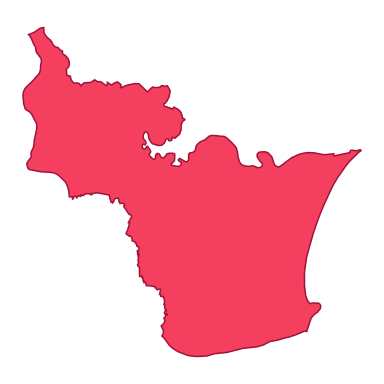 the district of Hoang Hoa, Thanh Hóa, Vietnam
{"feature_id": "81297802B91620400281223", "entity_name": "Hoang Hoa", "entity_type": "district", "adm_level": 2, "iso_a3": "VNM", "parent_name": "Vietnam", "parent_adm1": "Thanh Hóa", "projection": "mercator", "projection_center": [105.839, 19.866], "detail": "fine", "context": "isolated", "style": "filled", "palette": "rose", "viewbox_px": 384, "rotation_deg": 0, "n_neighbors": 0, "source": "geoboundaries", "source_scale": "gbopen_adm2", "svg_char_len": 5920}
<svg xmlns="http://www.w3.org/2000/svg" viewBox="0 0 384 384"><path d="M28.5,34.6L29.8,36.0L31.2,38.3L33.8,44.4L35.4,46.8L35.9,50.3L36.6,52.6L41.1,58.5L41.4,61.6L40.6,65.3L40.5,69.4L39.7,72.5L38.1,74.9L35.9,77.0L33.1,80.5L25.5,87.8L23.7,91.2L23.2,93.1L23.0,95.9L23.7,103.8L25.0,108.2L25.8,109.6L29.6,111.9L31.5,114.0L35.9,122.2L36.6,124.0L36.8,125.4L36.7,129.1L34.4,139.5L33.6,146.9L31.4,151.5L31.2,152.4L30.9,153.8L31.3,156.5L30.5,158.1L29.1,159.7L27.0,163.0L26.8,164.3L27.7,167.8L29.0,169.4L29.9,169.7L41.0,171.8L49.0,172.2L53.5,172.8L55.9,173.7L58.0,175.0L60.0,176.6L65.3,181.9L66.5,183.9L67.9,187.6L68.7,190.7L69.3,196.8L72.0,196.8L72.6,199.0L73.3,198.8L73.7,196.7L74.6,196.1L75.7,196.3L76.4,197.7L76.8,197.9L78.4,195.7L80.6,196.5L80.9,196.1L81.0,194.8L82.7,195.5L83.6,195.5L84.1,194.7L85.2,194.3L85.5,193.6L88.9,193.8L90.8,193.6L90.5,194.6L91.9,194.7L92.5,193.7L93.8,193.2L98.1,192.9L108.1,194.9L108.5,194.7L109.2,194.9L109.8,198.2L111.2,202.3L112.0,201.8L112.6,202.9L113.6,201.9L114.5,199.2L115.1,198.7L116.6,198.3L118.5,198.3L118.9,201.5L120.1,203.6L122.0,203.0L124.5,204.2L123.8,206.0L124.0,206.9L129.1,214.4L129.7,214.3L130.2,214.5L131.7,216.2L131.7,216.5L128.3,222.7L129.6,223.3L127.5,230.4L126.3,232.8L126.1,233.9L129.2,236.1L129.6,235.6L131.6,237.1L132.1,238.6L132.2,240.9L134.5,241.6L135.3,242.9L136.2,243.3L136.3,244.5L136.7,244.7L136.9,246.3L138.6,246.9L138.9,247.3L139.0,249.4L138.7,250.5L137.7,250.4L137.2,251.2L138.0,252.3L137.9,252.9L138.2,253.3L138.8,253.6L139.0,254.5L138.9,255.1L137.7,254.1L138.5,257.9L137.9,260.9L138.7,261.6L138.8,262.1L137.5,264.9L137.7,265.6L139.7,267.9L139.6,269.5L139.4,269.5L139.6,276.5L141.6,276.1L141.7,277.4L142.7,277.4L143.0,280.5L143.7,280.8L143.8,282.5L145.3,282.2L145.6,283.8L146.1,284.4L146.6,285.8L148.4,285.6L154.8,286.6L155.1,287.7L155.9,287.6L156.5,289.3L157.3,289.8L157.7,289.8L158.7,289.0L160.4,289.3L160.5,290.0L159.6,294.4L160.5,294.8L160.7,296.3L163.2,296.6L163.2,297.1L163.9,297.3L164.2,299.6L164.6,300.9L164.0,304.6L164.8,304.5L164.8,307.8L165.1,309.0L165.2,309.6L166.3,310.1L166.5,311.5L165.8,310.5L164.4,312.4L164.9,314.2L165.6,314.3L167.0,313.9L167.4,314.5L165.5,315.8L165.3,316.7L164.0,317.8L164.1,318.9L165.1,320.9L163.2,324.1L161.1,326.0L162.6,328.6L163.5,331.4L163.2,333.6L161.9,336.0L164.1,338.0L169.5,345.5L173.6,349.0L178.3,351.8L186.3,354.9L190.2,355.9L196.8,356.5L206.9,356.0L214.7,353.7L227.0,352.4L242.7,348.4L257.2,346.8L263.5,344.9L269.8,341.6L277.6,340.1L284.5,338.1L289.3,337.0L296.3,334.6L304.8,331.0L306.7,331.6L311.2,317.9L314.5,314.3L317.6,312.1L320.4,308.6L320.7,306.6L320.5,305.2L319.9,304.2L318.5,303.1L312.5,303.0L310.1,303.7L307.9,301.3L305.7,295.8L304.5,285.6L304.5,271.9L306.6,257.2L313.1,233.9L317.2,221.9L320.4,213.4L324.4,203.8L333.2,185.0L337.7,177.5L345.7,166.1L349.5,161.4L359.4,151.7L360.7,151.0L361.0,150.3L360.7,149.9L358.8,150.0L357.0,150.8L351.2,150.2L350.5,150.5L350.0,151.2L350.2,152.1L349.8,152.6L334.1,155.9L333.8,153.7L325.5,154.7L322.7,154.5L313.9,152.8L308.2,152.6L303.4,153.2L298.6,154.5L291.7,157.7L280.3,166.2L279.4,166.7L278.5,166.8L276.9,166.5L274.8,165.1L274.0,163.5L272.4,158.4L271.6,156.5L267.9,152.7L265.3,151.8L261.1,151.9L259.0,152.3L257.5,153.6L257.1,155.0L257.1,156.5L258.7,159.3L259.8,161.0L262.1,163.3L262.3,164.1L262.1,165.9L261.7,166.5L260.4,167.4L258.7,167.7L257.3,167.6L254.8,166.4L252.3,165.7L249.8,166.3L247.8,166.3L244.8,165.9L242.2,165.0L240.6,163.5L239.4,161.6L238.1,157.0L237.5,152.4L236.4,148.1L235.0,146.1L231.2,142.0L227.0,138.1L224.5,136.6L223.7,136.3L220.1,136.2L217.1,135.7L212.5,135.4L211.3,135.5L209.1,136.2L204.8,139.9L201.0,141.5L199.3,142.5L196.6,145.2L196.3,145.6L195.3,150.0L194.3,151.5L192.4,152.5L189.7,153.0L189.0,153.7L188.8,154.3L188.5,159.9L187.2,161.7L185.7,161.8L180.1,158.6L179.5,158.6L178.6,159.3L178.4,160.1L178.7,160.8L181.1,162.4L181.5,163.1L181.1,164.6L180.2,165.7L179.1,166.4L176.2,166.2L172.2,165.4L171.4,164.9L171.3,164.0L174.1,161.2L174.6,160.1L174.8,154.2L174.1,153.6L173.1,153.3L169.8,153.2L167.1,153.7L164.3,157.4L162.8,157.9L161.8,157.6L160.7,156.7L159.7,154.6L158.9,153.7L157.4,153.4L156.3,154.1L155.7,155.0L155.3,158.6L154.6,159.2L153.8,159.4L153.1,159.0L149.9,156.2L149.2,155.1L149.4,154.0L150.5,152.4L150.7,151.4L150.3,150.4L147.5,146.2L146.7,146.5L145.4,148.6L144.5,149.2L143.2,148.7L142.3,147.1L142.2,146.0L142.5,144.6L143.5,144.2L145.0,144.9L146.0,143.7L145.9,141.8L143.6,138.8L143.3,137.7L143.2,136.2L143.6,134.1L144.9,132.3L145.6,131.9L146.6,131.9L147.8,133.3L148.3,134.5L148.9,138.8L150.9,142.1L152.4,143.7L157.4,145.3L159.5,145.5L161.2,145.2L162.5,144.8L164.2,143.1L165.2,141.6L165.6,140.0L166.4,139.0L167.9,138.8L168.3,139.0L168.8,140.6L169.5,140.8L170.7,140.7L171.6,140.2L171.9,139.7L171.9,138.0L172.1,137.5L172.7,137.3L174.5,138.2L175.0,138.1L179.6,134.1L180.0,133.3L180.2,131.9L181.1,130.1L181.1,126.3L181.6,123.6L182.9,121.2L183.5,120.5L184.4,120.3L184.8,119.5L184.2,118.8L182.5,118.0L181.9,114.8L180.9,112.3L179.6,110.7L177.5,108.9L174.8,107.7L174.4,107.1L174.1,107.0L173.7,107.3L172.9,108.9L171.9,108.9L169.4,107.6L167.8,107.6L166.8,106.8L165.1,106.7L163.9,105.1L163.8,103.7L165.3,103.2L167.0,101.0L169.0,97.1L169.6,94.6L170.1,91.7L170.0,90.3L167.5,86.0L167.1,85.7L165.9,86.3L161.4,85.6L160.8,86.8L157.9,87.6L153.9,87.4L152.9,87.0L152.3,87.2L150.2,89.1L147.5,92.0L139.8,84.5L138.6,83.7L134.7,83.6L128.3,84.9L125.2,85.8L121.0,87.8L120.6,87.5L121.1,85.0L120.8,84.5L117.5,81.9L114.3,83.0L111.7,85.0L107.3,82.4L107.3,84.4L106.2,85.7L100.9,81.7L97.3,81.6L94.7,79.8L91.3,82.1L89.9,82.6L85.0,82.7L83.6,83.2L82.6,84.0L81.2,85.8L80.7,85.6L79.5,83.7L78.8,83.4L77.0,82.9L73.6,83.2L71.3,79.9L70.8,78.7L70.4,76.2L66.6,75.1L66.7,72.4L66.4,68.8L67.9,67.7L68.6,66.9L69.3,64.6L69.3,62.1L68.3,59.0L66.1,56.2L62.5,53.6L62.2,53.2L62.7,51.7L62.4,51.0L60.2,50.0L58.1,47.7L54.8,46.6L52.6,44.0L51.8,42.0L50.4,40.1L47.6,37.9L45.2,34.9L43.9,32.4L43.8,27.5L41.0,28.0L39.4,28.7L33.9,32.5L28.5,34.6Z" fill="#f43f5e" stroke="#9f1239" stroke-width="1.5"/></svg>